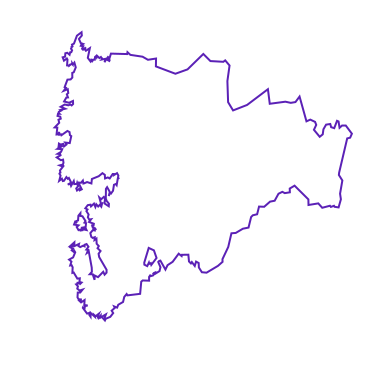 Larvik nor, Vestfold, Norway, rotated 99°
{"feature_id": "86288312B65509327591170", "entity_name": "Larvik nor", "entity_type": "district", "adm_level": 2, "iso_a3": "NOR", "parent_name": "Norway", "parent_adm1": "Vestfold", "projection": "equal_earth", "projection_center": [10.003, 59.143], "detail": "fine", "context": "isolated", "style": "outline", "palette": "violet", "viewbox_px": 384, "rotation_deg": 99, "n_neighbors": 0, "source": "geoboundaries", "source_scale": "gbopen_adm2", "svg_char_len": 6030}
<svg xmlns="http://www.w3.org/2000/svg" viewBox="0 0 384 384"><g transform="rotate(99 192 192)"><path d="M184.3,44.8L175.9,43.8L170.5,45.5L157.1,45.3L152.2,49.6L149.8,49.7L114.8,47.1L113.6,44.3L109.4,43.2L102.3,50.5L102.9,54.2L105.5,56.3L99.4,58.3L99.0,59.9L106.7,61.5L106.2,64.7L103.2,66.1L104.5,70.1L109.5,72.0L114.6,71.9L117.5,74.5L111.5,81.3L106.3,79.8L103.5,81.4L102.0,86.5L104.3,90.0L80.9,100.7L87.0,103.9L88.5,108.4L88.2,113.9L92.7,129.0L78.6,133.1L97.4,151.2L105.0,164.2L97.6,170.4L76.9,174.4L61.2,174.7L56.8,179.8L58.5,181.4L59.8,194.3L53.9,202.4L71.6,215.6L77.8,226.9L73.6,247.3L65.8,248.4L68.3,256.2L66.1,262.0L66.2,274.3L64.0,277.6L65.9,277.6L68.0,293.7L72.7,294.4L71.8,296.1L73.0,296.7L74.7,294.2L73.9,293.8L75.5,294.2L74.3,297.5L77.5,298.7L74.0,298.3L75.2,301.7L73.9,300.8L74.4,301.8L72.9,303.1L74.2,304.4L72.3,307.1L73.9,307.3L72.9,308.1L73.8,308.9L76.5,308.7L76.7,310.2L79.5,311.5L77.3,310.9L77.0,312.2L78.9,312.7L75.8,315.9L65.9,315.4L69.1,318.9L67.8,320.3L65.8,319.5L68.5,321.9L67.7,323.0L65.0,322.2L65.0,324.7L63.0,324.1L63.1,322.9L62.8,322.6L62.3,325.2L58.5,327.6L54.7,325.3L51.5,326.1L55.6,330.1L63.9,331.8L65.2,333.6L66.9,332.8L68.0,334.3L67.8,333.4L69.4,333.9L70.8,332.6L72.8,333.1L73.1,334.2L75.6,334.4L74.0,337.0L74.8,338.8L78.2,338.5L79.2,340.8L82.3,339.0L79.7,336.5L80.7,335.7L86.5,335.2L86.5,332.3L86.2,333.2L84.9,332.4L85.8,332.5L84.1,330.8L84.7,330.0L83.6,330.3L84.5,329.4L82.6,328.4L87.1,326.3L92.2,327.5L93.1,328.9L97.7,328.1L99.8,329.5L100.5,332.6L108.4,334.2L108.8,332.8L112.1,334.5L109.9,330.8L113.6,329.7L115.1,330.9L118.0,329.3L118.4,330.9L122.6,332.5L123.1,327.4L120.7,323.8L123.7,323.2L125.3,324.4L124.6,325.8L125.7,327.7L125.5,331.4L128.4,335.0L129.6,330.3L131.6,334.9L132.1,334.0L133.7,336.1L135.4,336.3L135.2,335.6L135.5,335.1L135.8,336.6L137.9,336.7L138.2,333.9L140.1,333.1L141.5,335.2L144.4,334.0L149.7,337.7L149.5,335.1L156.4,334.8L156.0,333.2L153.5,332.6L156.2,332.0L155.5,330.5L156.4,329.9L151.2,324.6L152.0,322.3L154.9,321.5L155.7,320.0L162.8,320.4L163.0,324.9L164.7,323.4L167.0,325.5L164.6,326.7L165.7,329.1L165.0,331.0L166.9,330.9L166.7,329.1L167.7,330.0L167.4,327.9L170.4,331.5L170.0,326.9L172.8,327.6L175.3,330.6L175.2,328.1L176.3,327.6L179.0,331.0L181.1,326.5L180.2,324.4L183.3,323.5L185.1,323.9L186.4,326.8L186.8,325.0L185.3,324.0L186.4,323.0L191.4,325.8L194.1,324.7L193.4,325.3L194.7,325.8L196.3,324.4L201.7,324.9L199.2,322.6L201.4,321.3L201.0,320.2L196.9,318.4L198.4,316.7L197.4,315.8L201.6,312.8L204.1,315.9L202.9,313.4L204.9,312.4L199.7,310.5L202.6,309.5L202.1,307.3L202.9,307.1L201.2,306.9L204.2,305.5L206.6,306.9L208.5,305.8L206.4,303.8L207.9,303.1L206.6,301.3L200.4,305.8L200.3,303.1L197.8,301.6L200.2,300.8L199.3,299.9L200.9,300.8L198.6,297.2L199.3,292.7L194.8,292.9L191.0,286.6L187.4,283.4L188.7,280.8L192.2,280.0L190.8,277.4L191.5,275.4L186.6,273.1L186.4,271.3L187.2,271.4L185.1,269.0L187.3,267.3L190.1,267.4L189.4,266.0L190.5,267.4L197.0,267.5L196.0,268.5L197.1,270.2L203.1,270.2L206.1,271.7L205.4,272.7L209.0,273.6L204.8,273.2L200.5,276.6L202.4,277.5L212.7,276.0L212.0,275.5L213.4,275.7L216.6,272.2L219.1,272.0L217.0,276.6L212.1,276.9L210.6,278.3L213.4,280.6L212.0,282.6L217.7,280.1L217.2,279.0L220.7,279.3L219.1,281.1L221.0,282.4L219.1,284.6L221.9,285.1L218.8,287.0L222.0,289.5L220.4,290.3L221.3,292.9L224.8,294.8L225.6,292.5L227.4,293.3L230.4,290.6L233.2,290.9L235.3,289.2L234.7,287.4L237.7,289.0L238.7,284.0L240.5,284.0L240.6,285.2L242.6,284.5L243.0,282.1L244.5,280.8L243.0,284.0L245.2,282.5L245.2,284.0L248.5,286.0L252.0,284.5L252.9,282.9L251.9,281.0L254.7,280.8L253.0,279.1L258.0,278.1L260.0,275.6L262.3,276.5L264.6,273.1L267.6,274.6L270.8,273.5L282.2,264.2L285.0,263.8L287.3,265.4L284.7,267.2L290.8,271.5L289.7,275.1L294.0,274.5L288.8,277.2L289.2,280.1L286.5,278.4L282.4,279.2L267.0,284.6L268.6,286.2L265.4,285.5L265.4,287.3L262.3,285.7L259.9,288.0L260.9,289.8L262.5,289.6L262.1,291.2L263.9,293.8L263.1,295.7L261.0,295.5L263.9,299.8L260.1,300.3L264.2,303.6L263.4,300.8L265.8,303.3L266.6,300.7L268.4,301.7L269.5,299.7L268.3,299.2L269.8,297.9L275.2,299.2L278.0,302.8L279.6,300.2L283.6,300.8L283.1,299.5L285.0,298.1L290.6,297.5L290.0,296.3L295.5,291.7L294.8,289.3L298.4,289.1L298.7,286.9L300.3,288.1L299.2,289.2L299.8,291.7L300.1,289.8L301.3,292.0L303.0,289.9L305.4,290.2L306.9,287.6L305.5,284.8L308.8,286.7L309.2,289.1L314.0,288.6L315.6,287.3L315.5,284.9L317.1,284.8L317.3,285.9L318.4,284.3L315.5,281.2L320.5,280.7L320.4,277.3L321.5,279.9L324.4,279.9L323.0,281.6L323.5,281.7L328.5,276.6L327.3,274.1L329.4,274.2L331.0,272.7L327.3,273.2L330.3,268.6L328.9,269.2L329.8,267.8L326.7,264.9L330.0,265.7L331.3,264.7L328.3,262.9L330.3,262.7L326.3,257.9L330.4,258.7L330.7,260.1L332.5,257.9L330.7,257.4L328.1,253.2L323.9,250.9L321.8,252.8L318.5,250.1L317.2,251.0L317.9,247.9L314.9,247.2L311.4,242.9L306.2,242.5L303.0,240.6L304.2,239.6L300.7,227.3L288.5,228.1L287.1,226.9L286.3,220.5L282.6,221.1L280.1,219.9L281.8,220.1L280.5,217.4L277.6,216.0L279.4,217.9L278.0,217.0L277.1,215.6L278.3,215.3L275.2,211.7L271.2,211.4L266.4,214.4L265.2,213.6L264.7,212.5L272.8,206.1L268.1,204.7L264.0,200.2L255.0,195.5L256.9,192.2L255.6,192.1L254.5,185.8L261.1,184.1L262.7,181.9L261.2,181.2L264.6,177.7L260.1,177.1L261.1,174.3L265.5,173.4L269.7,169.7L269.4,165.0L260.9,154.8L256.2,150.9L253.6,151.4L240.6,147.6L226.6,146.6L225.6,142.4L220.3,136.0L218.3,130.6L207.5,129.7L205.5,128.3L203.8,124.2L195.9,123.5L195.3,118.4L189.3,113.4L187.7,109.0L180.2,106.3L177.7,102.8L178.6,100.2L177.0,95.3L173.3,96.0L169.7,91.7L181.1,75.9L186.6,74.9L183.5,65.5L187.2,60.9L184.0,53.6L185.0,52.5L183.4,49.6L184.3,48.9L184.3,44.8ZM269.2,228.1L254.0,226.0L255.6,220.5L262.7,216.7L270.4,220.8L268.7,221.6L269.6,222.9L268.4,223.5L272.2,224.6L271.2,227.7L269.2,228.1ZM246.1,290.2L244.2,291.5L239.3,291.8L239.1,293.4L237.4,292.6L233.1,296.4L233.1,298.5L230.4,298.9L233.2,300.5L237.9,300.1L239.2,302.3L240.6,300.8L239.8,302.8L242.6,303.4L242.7,298.9L244.6,300.4L247.4,298.1L246.0,295.2L247.3,295.5L246.9,294.3L244.5,295.2L243.7,292.9L245.9,292.9L246.1,290.2Z" fill="none" stroke="#5b21b6" stroke-width="2"/></g></svg>